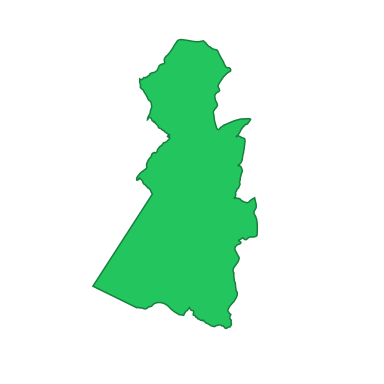 Turkana Central, Rift Valley, Kenya, rotated 213°
{"feature_id": "3690345B27917723778047", "entity_name": "Turkana Central", "entity_type": "district", "adm_level": 2, "iso_a3": "KEN", "parent_name": "Kenya", "parent_adm1": "Rift Valley", "projection": "mercator", "projection_center": [35.914, 3.132], "detail": "fine", "context": "isolated", "style": "filled", "palette": "green", "viewbox_px": 384, "rotation_deg": 213, "n_neighbors": 0, "source": "geoboundaries", "source_scale": "gbopen_adm2", "svg_char_len": 6011}
<svg xmlns="http://www.w3.org/2000/svg" viewBox="0 0 384 384"><g transform="rotate(213 192 192)"><path d="M224.1,168.5L223.8,59.0L175.8,64.8L175.5,64.8L173.4,66.3L172.3,66.4L171.3,67.4L170.4,67.5L169.4,67.8L168.2,68.1L166.8,69.0L166.7,69.6L166.3,70.2L166.0,71.8L165.5,72.1L165.3,72.6L164.9,73.0L164.3,73.4L163.6,74.4L163.4,76.3L162.6,78.2L162.0,79.1L160.3,80.8L157.9,82.3L155.8,83.0L154.8,83.3L151.2,83.5L149.0,83.2L145.4,82.3L141.4,82.0L138.6,82.0L138.0,82.2L136.4,82.0L135.1,82.5L133.7,83.3L131.8,84.0L132.1,85.3L132.1,87.9L132.2,88.6L131.5,89.9L131.2,93.8L130.0,93.1L128.7,92.4L127.6,92.5L126.5,93.1L125.8,92.9L125.2,92.3L124.5,90.3L124.1,89.6L123.4,89.5L122.2,89.9L121.5,89.9L120.9,89.3L120.5,89.1L119.4,89.3L118.7,89.3L118.3,88.8L116.7,89.2L115.0,89.1L114.1,89.6L113.2,89.7L112.8,90.0L112.9,90.6L109.3,89.8L106.3,90.2L103.1,90.2L102.1,90.6L101.3,90.7L99.9,91.3L99.6,91.6L98.7,93.4L97.7,94.3L97.3,95.0L95.8,96.0L95.2,96.1L94.2,95.9L93.9,96.0L93.1,96.7L92.6,96.7L90.7,96.0L89.5,95.9L88.5,96.9L88.2,98.0L87.6,98.8L86.6,99.6L86.6,101.1L86.9,102.7L87.9,103.5L88.7,104.8L89.3,105.9L90.7,106.1L92.0,107.4L92.6,108.6L92.6,110.3L93.1,110.6L94.0,110.5L94.6,110.6L96.1,111.4L97.3,111.9L97.6,112.2L98.0,114.2L98.1,117.5L97.2,123.1L97.3,126.9L97.8,129.8L98.8,131.7L99.6,132.6L99.9,132.8L100.7,132.9L101.9,134.1L104.0,136.5L106.1,139.2L108.7,141.1L108.9,141.8L109.7,142.4L110.4,143.5L111.5,144.5L111.9,145.6L112.4,146.1L112.6,146.8L113.3,147.1L113.6,147.5L114.2,147.7L115.2,149.0L115.7,150.7L115.7,152.2L115.4,158.1L115.8,160.7L116.5,162.3L117.1,162.9L119.2,163.9L124.8,167.2L125.2,167.9L125.8,169.3L125.8,170.1L125.5,171.7L125.0,172.7L123.7,174.4L123.3,175.5L123.3,176.0L123.7,176.5L124.0,176.6L126.3,176.6L126.5,177.0L126.3,177.6L125.7,178.5L124.6,181.1L124.4,181.3L124.1,181.3L123.3,181.0L121.6,180.9L120.8,181.3L120.3,182.3L119.8,184.2L119.4,185.3L119.0,185.8L116.2,187.5L115.1,188.5L114.2,189.6L114.0,190.2L113.9,190.6L113.9,191.3L118.2,198.3L120.0,200.9L121.6,202.8L123.1,204.4L125.1,206.0L128.1,207.6L128.7,208.2L129.1,209.0L129.4,209.9L129.6,213.3L129.9,214.3L131.2,216.3L136.4,221.3L137.9,218.2L138.6,216.3L138.7,215.1L139.4,213.6L139.7,213.1L141.7,212.5L142.7,212.0L143.2,211.9L144.3,212.0L145.7,211.7L148.2,212.4L148.5,212.4L149.4,212.0L150.3,211.3L151.5,211.3L152.3,210.8L152.8,209.8L153.2,209.9L153.1,210.7L153.6,213.2L154.1,214.0L154.8,214.6L155.3,215.6L155.2,217.0L155.6,218.1L155.6,219.1L155.1,220.8L155.6,222.4L155.8,224.4L156.2,225.0L156.9,225.6L157.6,226.4L158.2,228.5L159.1,230.0L160.8,235.1L161.0,236.7L161.3,237.3L162.0,237.9L164.8,239.9L165.7,240.0L166.9,239.4L167.9,239.3L168.0,239.5L167.5,240.1L167.2,240.6L167.2,241.6L166.9,243.4L167.3,246.1L168.7,249.1L169.5,250.6L170.1,252.9L171.1,254.8L171.5,256.0L175.3,263.7L176.2,264.8L176.6,265.2L177.2,265.4L177.6,265.4L179.5,264.8L182.6,264.6L183.3,264.4L184.1,263.8L184.5,263.3L184.7,262.5L184.9,262.5L185.0,262.6L185.1,263.8L184.5,265.0L184.4,266.1L184.4,267.7L184.8,270.8L184.6,274.5L184.2,275.8L184.1,277.2L183.7,277.9L183.0,278.5L182.6,279.2L182.5,279.5L182.6,281.0L182.3,282.3L182.4,283.4L182.3,284.6L182.4,284.8L183.0,284.9L183.7,284.8L184.5,284.3L189.3,280.9L191.2,279.4L192.5,278.0L194.8,275.4L196.8,272.7L201.1,266.2L201.6,265.9L201.6,265.0L202.0,264.6L202.7,262.4L203.2,261.7L203.3,261.2L203.1,260.4L203.7,258.8L204.3,258.5L205.7,258.8L206.5,259.3L212.0,264.1L215.8,268.7L217.3,270.1L217.8,270.9L218.0,272.0L218.0,273.5L217.6,276.5L217.8,278.4L218.4,279.2L218.9,279.6L220.6,280.8L221.2,281.0L222.7,282.1L224.6,284.2L225.2,284.9L225.4,285.4L225.6,286.5L225.5,288.2L225.1,289.2L224.2,290.8L224.1,291.8L224.2,292.2L224.7,292.8L227.2,294.4L228.0,295.3L228.3,296.9L228.4,299.3L228.4,305.2L227.5,309.7L227.0,311.4L225.8,313.8L225.6,314.5L225.7,314.9L226.2,315.7L227.2,316.4L228.6,316.4L230.1,315.5L231.7,315.3L234.7,316.9L236.8,318.5L239.3,319.6L243.8,322.1L247.0,324.1L247.4,324.5L248.6,324.6L249.3,324.5L251.2,323.6L251.7,323.5L254.4,323.3L255.7,323.6L256.8,323.3L257.7,323.3L259.0,323.8L259.6,323.8L261.1,324.4L264.8,325.0L267.6,322.2L270.0,320.5L272.9,319.0L278.6,316.6L283.9,314.1L284.7,313.6L285.9,312.3L286.6,310.8L286.7,304.9L286.5,302.2L286.6,296.8L287.0,294.0L287.7,291.4L287.8,289.4L287.4,287.9L285.6,285.8L285.3,285.3L285.3,284.6L285.8,284.0L287.1,282.6L287.6,281.9L288.1,280.7L288.3,279.9L287.5,275.9L287.6,274.4L288.2,272.8L288.9,271.7L290.5,270.1L291.4,268.8L291.6,267.9L291.1,267.0L291.8,266.1L292.2,264.7L292.1,264.3L292.9,263.4L292.8,263.0L293.0,262.8L293.4,262.8L293.7,262.2L294.7,261.8L294.9,260.6L294.9,259.5L295.5,259.1L295.6,258.5L296.0,258.3L297.4,258.4L296.1,256.1L293.2,253.3L292.8,252.3L292.1,251.5L290.8,251.1L288.7,251.0L285.8,249.4L283.5,248.5L282.0,247.5L281.4,247.3L280.8,246.8L278.5,245.5L276.6,245.4L274.8,244.6L272.5,241.9L271.8,240.7L271.2,237.6L270.4,236.2L270.1,235.3L269.9,233.9L269.9,232.4L269.5,230.7L269.4,229.7L268.9,228.7L268.7,228.3L268.5,228.7L268.8,229.3L268.8,229.9L268.6,230.8L267.9,231.5L266.9,231.8L264.1,230.1L263.3,230.3L262.7,230.0L262.1,229.9L262.1,230.5L261.7,230.6L260.3,229.8L256.9,229.1L255.0,227.7L252.2,228.2L250.2,227.8L249.0,228.1L247.7,227.7L243.5,227.5L243.0,227.5L242.3,227.9L242.1,227.9L242.0,227.7L242.6,226.8L242.9,225.3L242.7,225.2L242.1,225.6L241.3,226.4L241.1,226.1L241.2,225.1L240.4,225.3L240.1,225.3L239.9,225.1L240.1,223.2L240.5,221.7L240.7,220.4L241.6,218.8L242.7,217.9L242.6,216.5L242.9,215.9L242.7,214.7L243.4,213.4L243.7,212.8L243.9,210.8L244.0,208.8L243.8,208.0L243.3,207.3L243.5,205.4L243.8,204.8L244.8,204.8L245.3,204.5L246.0,203.3L246.2,202.1L246.2,201.0L245.5,200.1L246.1,195.4L245.5,191.4L245.2,190.5L244.6,189.5L244.0,188.8L243.3,188.3L243.1,187.6L243.2,186.7L245.3,180.9L245.8,179.0L246.1,174.5L246.0,173.7L245.3,172.3L244.8,171.9L244.6,171.9L243.5,173.3L243.4,173.7L243.9,174.1L244.0,174.4L243.9,174.7L243.6,175.0L243.3,175.2L240.9,174.7L239.0,174.0L238.3,173.2L237.1,172.5L234.8,172.5L233.0,171.9L232.0,171.8L231.4,171.4L229.8,171.5L228.5,171.2L227.8,170.9L226.0,169.6L224.2,168.7L224.1,168.5Z" fill="#22c55e" stroke="#15803d" stroke-width="1.5"/></g></svg>